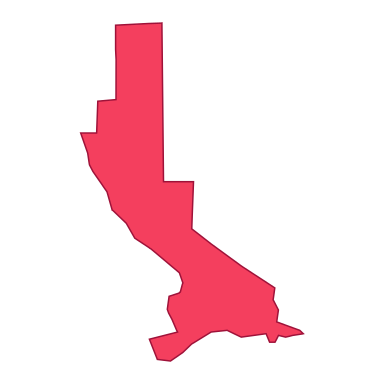 the district of Sakarcage, Mary, Turkmenistan
{"feature_id": "10190150B2260035962137", "entity_name": "Sakarcage", "entity_type": "district", "adm_level": 2, "iso_a3": "TKM", "parent_name": "Turkmenistan", "parent_adm1": "Mary", "projection": "robinson", "projection_center": [61.097, 38.361], "detail": "fine", "context": "isolated", "style": "filled", "palette": "rose", "viewbox_px": 384, "rotation_deg": 0, "n_neighbors": 0, "source": "geoboundaries", "source_scale": "gbopen_adm2", "svg_char_len": 1337}
<svg xmlns="http://www.w3.org/2000/svg" viewBox="0 0 384 384"><path d="M161.9,23.0L161.4,23.1L149.2,23.5L148.9,23.5L115.6,25.2L115.6,43.3L115.6,49.4L116.1,59.6L116.0,99.6L97.8,101.2L96.7,131.5L96.6,133.0L81.3,133.0L80.7,133.0L87.7,153.1L89.2,163.2L89.5,164.9L93.0,171.6L102.2,184.8L103.1,186.2L107.0,191.8L107.9,194.9L112.2,210.1L112.4,210.1L112.8,210.4L126.3,223.3L134.8,238.2L149.2,247.7L149.6,248.1L151.1,249.0L179.3,272.7L179.6,273.4L182.8,282.7L182.9,282.9L182.4,284.2L180.3,292.1L179.5,292.4L179.3,293.0L169.1,296.3L167.3,309.3L168.6,313.0L172.0,319.4L176.7,330.4L177.6,332.0L177.4,332.1L149.4,339.2L157.2,359.0L157.3,359.4L170.5,361.0L182.9,352.4L191.6,344.0L191.8,343.9L194.0,342.6L200.8,338.4L211.2,332.0L225.6,330.5L227.1,330.3L234.5,333.9L240.8,336.9L241.3,337.1L257.4,334.9L266.1,333.7L269.6,342.2L275.0,342.2L276.6,339.2L278.5,335.4L285.6,337.1L289.2,336.3L292.6,335.4L302.5,333.9L303.3,333.7L302.2,332.7L301.3,331.8L299.7,330.3L294.7,328.5L285.4,325.1L276.7,321.9L277.7,314.9L278.2,311.5L278.4,310.0L273.3,300.1L273.1,299.8L273.4,298.0L274.8,287.9L274.0,287.4L260.6,278.6L260.1,278.3L253.2,273.8L242.8,267.0L241.2,265.9L239.8,264.9L211.2,244.0L194.4,230.9L191.7,228.8L191.8,228.0L192.2,216.1L193.5,181.7L193.3,181.7L190.3,181.7L163.5,181.7L163.5,181.1L161.9,23.0Z" fill="#f43f5e" stroke="#9f1239" stroke-width="1.5"/></svg>